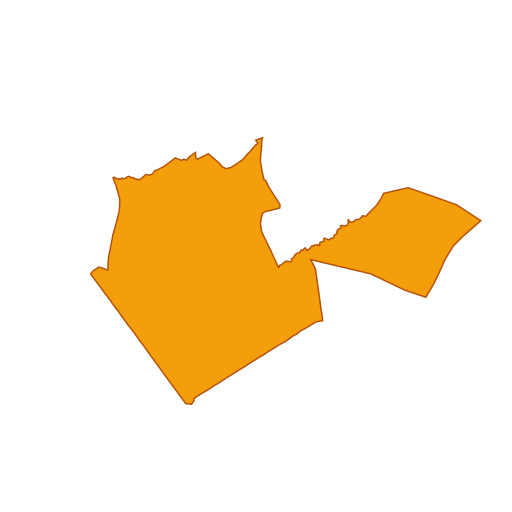 outline of San Lorenzo Albarradas, Oaxaca, Mexico, rotated 306°
{"feature_id": "50627088B11055345087016", "entity_name": "San Lorenzo Albarradas", "entity_type": "district", "adm_level": 2, "iso_a3": "MEX", "parent_name": "Mexico", "parent_adm1": "Oaxaca", "projection": "mercator", "projection_center": [-96.232, 16.89], "detail": "fine", "context": "isolated", "style": "filled", "palette": "amber", "viewbox_px": 512, "rotation_deg": 306, "n_neighbors": 0, "source": "geoboundaries", "source_scale": "gbopen_adm2", "svg_char_len": 4324}
<svg xmlns="http://www.w3.org/2000/svg" viewBox="0 0 512 512"><g transform="rotate(306 256 256)"><path d="M381.8,322.5L375.3,323.5L367.5,323.7L357.1,322.1L355.5,321.7L355.0,321.9L352.8,321.6L352.2,320.8L351.6,319.3L351.0,318.4L349.3,318.5L346.5,318.1L344.3,315.6L341.8,314.9L340.1,314.0L338.9,312.1L338.8,311.0L339.7,309.7L339.1,309.3L338.2,310.3L336.5,311.5L334.6,311.5L333.5,311.2L331.8,309.1L331.2,307.4L330.0,306.7L328.9,308.0L328.1,308.1L326.1,306.8L323.7,306.9L321.7,308.1L321.0,308.2L319.0,307.0L317.1,307.7L315.9,307.5L314.7,307.2L314.3,306.2L311.7,305.3L310.6,300.8L309.7,300.9L308.1,301.9L307.3,301.9L304.8,299.9L304.3,299.8L302.7,301.0L302.0,301.3L301.5,301.0L301.5,299.2L300.3,298.1L299.4,297.1L298.4,296.6L297.7,296.3L297.3,295.4L295.4,295.2L294.9,295.2L292.4,294.8L290.3,294.0L291.4,291.6L291.4,291.0L290.3,290.5L288.6,290.8L287.5,289.8L287.6,289.1L285.0,289.3L284.3,289.2L283.7,288.9L282.6,287.7L281.2,287.4L280.5,286.8L277.0,287.2L275.1,286.9L274.3,286.5L273.4,287.4L272.6,287.9L271.5,287.3L271.0,286.4L270.6,284.9L270.0,284.5L269.4,283.2L266.4,282.2L264.0,281.9L262.5,280.7L262.1,280.6L261.3,280.5L261.2,280.6L260.7,281.2L260.0,280.7L267.4,267.6L268.7,265.5L270.1,262.8L274.8,254.0L276.7,250.4L277.3,249.4L279.6,245.5L281.4,244.0L282.7,242.8L284.6,240.6L286.3,239.9L288.9,238.4L290.0,237.9L290.9,237.4L292.2,237.3L293.4,236.5L294.5,236.3L295.5,236.7L297.0,237.2L297.9,237.6L298.5,238.2L299.5,239.4L308.8,247.0L311.7,245.2L319.1,226.2L322.8,219.5L322.5,217.5L329.2,209.9L335.9,203.3L336.1,203.2L342.4,199.3L344.3,198.3L345.7,197.5L350.9,194.1L352.1,193.2L355.5,191.8L349.5,187.7L349.2,188.5L348.4,191.2L348.3,191.3L346.0,190.6L345.6,190.4L340.6,190.0L340.1,190.1L338.7,189.9L336.8,189.9L336.1,189.6L334.0,189.2L331.3,189.0L326.9,188.7L325.9,188.5L324.7,188.1L323.0,187.5L319.4,186.3L315.7,184.8L313.1,183.8L311.0,182.2L309.1,180.4L308.3,176.5L308.4,176.4L309.5,171.8L310.7,157.3L299.9,151.7L299.9,149.6L304.2,146.2L296.8,143.7L292.9,143.8L291.8,140.6L290.2,140.0L289.5,139.2L287.9,133.1L286.4,132.6L285.0,132.2L284.8,132.2L279.6,130.5L278.8,130.2L277.8,130.0L277.0,129.8L276.4,129.5L274.1,128.8L273.4,128.5L272.1,127.8L271.3,127.4L270.1,126.6L269.9,126.5L269.1,126.4L268.8,126.3L267.3,125.3L266.9,125.0L265.5,123.9L264.5,123.9L261.9,124.1L259.4,122.7L258.9,122.6L257.5,119.2L255.7,118.7L253.5,118.1L251.3,117.8L249.3,116.8L248.5,115.8L248.3,115.0L247.9,114.0L247.9,113.4L247.3,113.0L247.3,110.8L246.5,109.6L245.5,106.0L242.9,104.8L242.0,104.6L240.6,103.6L240.1,101.5L238.6,101.5L237.7,99.9L237.8,99.1L236.9,98.3L236.7,98.0L236.3,97.0L236.5,95.2L235.4,94.3L233.7,96.3L232.8,98.2L231.4,100.3L230.5,101.6L229.5,102.8L227.8,104.9L227.2,105.8L222.3,112.0L220.9,113.1L212.5,118.7L202.9,122.6L193.6,126.2L193.2,126.1L191.4,127.1L189.9,127.3L185.7,129.4L181.5,131.4L177.7,133.0L174.9,134.7L173.6,135.0L168.4,137.4L165.0,139.5L163.6,140.3L157.7,144.3L157.4,144.2L156.2,140.2L155.7,138.2L154.6,135.1L153.2,134.9L148.6,133.0L144.3,132.7L141.7,140.8L141.2,142.3L139.3,148.4L137.7,153.5L136.8,156.0L136.4,157.5L136.4,158.1L136.4,158.3L135.0,161.8L134.3,164.9L133.4,166.8L132.9,168.3L132.8,168.8L131.1,173.7L130.8,175.2L130.3,177.5L128.9,180.9L125.9,190.2L125.9,190.4L125.1,192.4L124.3,195.5L123.0,200.0L120.7,207.5L120.3,208.4L118.9,212.4L118.1,215.4L117.5,217.2L116.5,220.3L116.2,221.0L106.7,250.3L105.8,252.8L95.3,285.9L98.2,291.0L102.7,290.9L104.1,289.6L105.9,290.2L109.0,291.3L112.1,292.6L116.6,294.5L119.8,295.9L121.6,296.5L124.7,297.7L128.8,299.2L128.8,299.4L130.1,300.0L133.8,301.4L140.3,303.8L141.3,304.2L143.8,305.3L152.7,308.8L159.4,311.7L164.9,313.7L170.4,315.9L172.9,316.9L173.1,317.0L175.7,318.1L180.0,320.0L180.9,320.4L181.5,320.6L184.8,321.7L186.7,322.4L187.6,322.8L191.5,324.4L196.3,326.4L196.5,326.3L203.0,329.5L203.6,329.8L213.1,333.0L214.6,333.6L217.9,335.4L218.9,335.3L223.6,336.8L224.0,337.3L227.3,338.8L238.3,343.4L241.9,347.1L242.8,348.0L249.2,342.0L249.5,341.6L251.2,339.8L254.1,337.0L258.5,332.9L264.5,327.2L266.7,324.9L269.7,322.1L271.2,320.6L277.2,314.8L280.5,311.6L283.5,305.9L283.5,305.7L285.2,302.4L309.0,359.3L315.8,396.4L322.5,417.7L337.7,416.2L347.6,414.5L364.0,411.1L371.4,410.3L376.0,410.1L380.5,409.7L382.5,410.1L385.0,410.5L393.4,411.8L397.6,412.8L410.0,415.6L416.7,417.1L415.3,388.1L407.6,361.9L400.6,338.9L381.8,322.5Z" fill="#f59e0b" stroke="#b45309" stroke-width="1.5"/></g></svg>